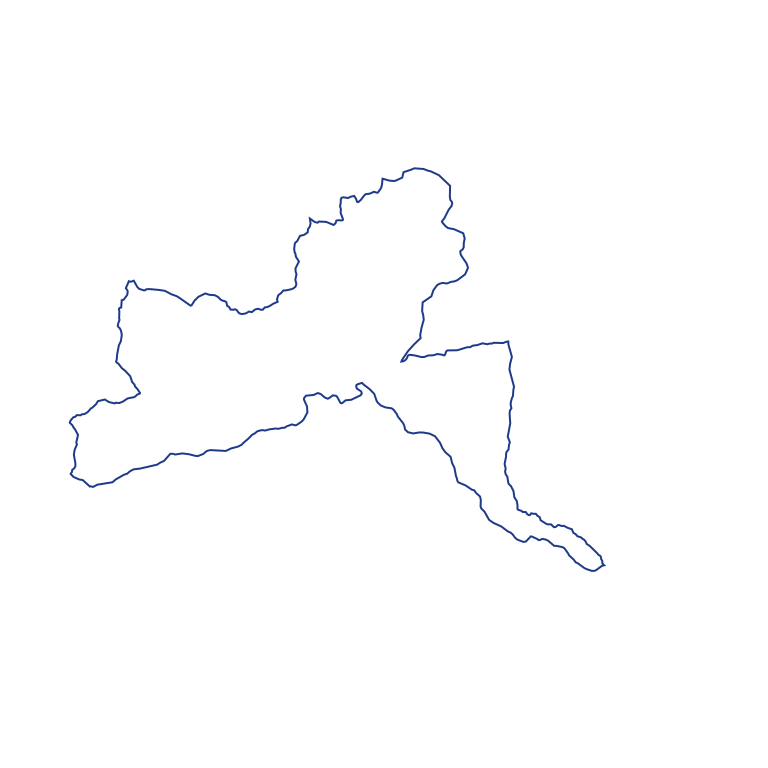 Trong, Tongsa, Bhutan (Robinson projection), rotated 114°
{"feature_id": "84629894B683869752306", "entity_name": "Trong", "entity_type": "district", "adm_level": 2, "iso_a3": "BTN", "parent_name": "Bhutan", "parent_adm1": "Tongsa", "projection": "robinson", "projection_center": [90.682, 27.159], "detail": "fine", "context": "isolated", "style": "outline", "palette": "blue", "viewbox_px": 768, "rotation_deg": 114, "n_neighbors": 0, "source": "geoboundaries", "source_scale": "gbopen_adm2", "svg_char_len": 6166}
<svg xmlns="http://www.w3.org/2000/svg" viewBox="0 0 768 768"><g transform="rotate(114 384 384)"><path d="M597.3,611.0L596.9,610.7L596.3,607.9L592.5,604.8L584.2,592.1L580.2,590.2L572.6,584.6L570.5,582.2L566.9,580.5L563.7,577.9L560.6,572.6L550.0,558.5L546.8,556.4L543.8,553.7L534.7,550.8L533.7,548.7L533.3,546.0L529.4,539.9L527.5,533.6L526.3,526.8L525.5,524.7L521.4,520.6L518.2,519.2L516.6,517.9L515.0,515.7L509.5,501.3L505.0,497.4L500.3,491.6L497.0,489.1L495.8,488.9L489.1,485.7L484.0,483.8L482.1,482.2L478.6,480.4L476.3,477.5L475.4,475.8L474.9,473.7L472.0,470.2L468.8,465.0L467.8,462.1L465.2,458.9L464.5,457.1L462.5,455.9L458.4,451.7L457.8,448.1L456.9,447.1L452.3,444.2L449.2,443.0L441.2,442.4L435.9,445.1L430.8,450.8L429.4,451.3L426.4,450.5L422.6,443.8L419.5,441.1L419.0,440.0L419.0,437.3L420.4,432.8L420.3,429.3L417.3,427.2L415.3,426.3L414.3,423.2L414.6,421.8L419.0,416.1L418.9,415.0L418.3,414.3L414.6,412.5L411.7,407.5L403.9,400.8L401.8,400.4L400.4,401.5L399.9,402.6L399.2,407.0L397.2,408.6L396.0,408.7L394.7,407.7L391.9,404.5L392.8,402.4L394.5,395.1L397.0,388.9L402.3,384.0L403.3,382.6L404.9,378.3L404.8,373.1L403.1,367.2L403.6,364.8L406.3,360.0L408.2,358.0L412.0,350.6L414.0,348.4L417.0,346.2L418.3,342.5L417.3,337.2L414.0,332.2L412.4,328.5L410.8,322.0L411.0,316.1L414.9,308.9L418.8,304.6L421.3,300.4L423.4,293.6L428.6,289.5L432.0,285.5L439.1,280.6L439.9,279.6L442.6,277.6L443.6,276.1L443.5,268.0L444.8,260.9L444.4,258.3L446.1,255.6L447.7,250.6L450.3,248.5L456.7,245.9L458.2,244.4L459.8,240.2L465.3,232.8L465.7,231.2L466.4,227.0L466.4,219.1L468.3,210.8L468.3,207.7L469.1,205.2L471.0,202.0L471.9,199.2L471.6,192.5L470.2,190.3L463.5,187.9L463.2,186.7L463.3,180.7L463.7,179.3L463.0,178.0L461.4,176.6L460.8,175.5L460.3,172.5L460.4,170.3L462.6,162.9L461.6,160.1L460.4,154.4L460.7,152.3L464.0,146.7L465.2,145.4L467.3,139.2L469.0,136.2L468.9,134.3L470.7,125.8L470.7,123.6L470.2,118.1L469.0,115.6L467.9,114.6L461.3,110.8L460.1,109.1L459.1,111.5L456.6,112.8L455.8,114.2L453.5,115.8L453.0,116.9L452.7,119.1L452.0,120.1L448.2,130.3L447.7,133.7L445.5,136.3L444.8,138.0L444.7,139.7L444.0,141.4L444.4,145.4L443.3,147.7L442.9,150.5L440.3,153.3L440.7,158.0L440.4,162.0L441.5,163.9L441.6,166.8L442.3,167.8L444.8,169.0L445.7,170.5L444.3,174.3L445.6,177.3L445.8,178.5L444.8,185.4L442.3,187.6L442.1,190.0L440.8,192.5L441.8,194.6L442.2,196.9L444.4,197.4L444.9,198.4L444.7,200.0L443.3,202.5L444.5,205.1L444.0,206.8L444.3,210.3L443.8,211.3L440.7,212.6L436.9,215.1L434.4,218.9L429.1,222.2L425.5,226.7L424.8,228.9L423.7,230.3L418.5,233.6L417.1,236.0L414.9,237.7L411.7,238.5L408.0,241.3L400.6,243.0L397.9,244.2L395.8,244.3L393.1,243.6L388.9,245.0L386.1,245.3L381.8,249.5L368.5,252.7L360.0,257.2L357.0,258.2L354.5,257.7L351.3,259.9L349.3,260.7L344.9,261.4L342.6,261.3L336.5,263.5L333.6,264.1L319.8,275.3L314.3,277.0L307.2,278.2L297.6,286.2L294.6,287.8L296.0,289.8L298.1,291.8L301.8,300.7L303.0,301.6L304.2,304.1L305.6,305.7L306.8,310.6L310.5,314.6L313.0,318.7L315.3,320.2L316.6,323.0L323.4,330.8L327.5,339.7L328.8,340.4L332.3,340.2L333.4,340.6L333.7,343.4L334.9,347.4L337.8,350.8L340.0,355.3L342.8,358.0L344.1,360.5L345.5,368.0L347.0,372.7L348.4,373.7L351.5,373.6L353.4,374.2L355.2,375.4L356.4,377.2L354.3,377.3L344.0,375.4L335.5,372.6L327.2,369.2L324.7,370.8L317.4,372.6L309.2,373.8L305.3,376.1L301.7,378.9L293.7,381.9L284.7,376.4L278.1,377.0L272.2,375.7L269.8,374.0L268.3,372.2L267.5,370.9L267.0,368.6L266.4,367.2L263.6,364.5L261.5,361.3L259.3,359.2L250.8,354.5L244.1,354.5L242.8,355.2L240.1,357.9L235.2,365.8L233.6,367.3L231.5,368.3L229.0,366.9L226.7,366.8L222.6,368.5L218.2,369.5L214.1,372.9L214.1,383.0L215.5,389.0L214.8,392.0L212.4,397.0L211.8,397.2L208.1,396.3L198.4,395.8L194.0,394.7L191.1,395.2L190.0,396.1L188.9,398.2L186.4,399.9L176.1,404.2L170.9,418.8L170.7,427.8L171.2,430.3L171.5,435.4L174.6,444.0L177.5,446.7L182.5,452.3L188.1,451.3L193.4,456.0L194.5,457.4L196.0,461.8L197.0,468.8L203.2,466.8L206.5,466.4L211.7,467.5L212.2,468.5L212.5,471.4L215.9,474.4L218.1,478.0L219.6,478.7L225.1,480.0L227.8,481.2L228.5,481.9L228.5,482.7L226.2,484.9L224.3,487.7L226.6,490.8L228.7,492.4L229.9,496.9L231.2,498.6L233.3,498.4L235.5,497.4L239.6,496.4L241.6,494.6L245.5,493.1L250.0,488.6L250.9,488.3L251.7,488.9L252.8,492.1L254.1,494.0L257.0,493.7L259.2,494.7L259.4,502.7L262.1,509.6L263.6,510.2L264.2,513.0L263.0,519.0L267.4,516.3L270.5,515.8L273.3,516.4L276.6,515.4L280.4,517.8L282.8,521.0L288.7,521.4L291.6,522.7L296.9,521.1L299.9,519.3L300.9,518.0L303.6,516.2L306.7,511.5L314.4,511.9L317.3,510.4L319.3,508.6L324.9,507.4L328.3,504.7L331.2,504.4L333.7,505.8L335.5,507.7L338.4,511.7L339.5,514.0L342.8,515.0L345.9,516.7L350.2,516.2L352.2,514.6L355.4,517.6L359.4,520.3L361.4,522.2L362.6,524.1L365.5,525.0L366.2,526.6L366.5,529.7L368.4,532.1L372.1,534.0L372.7,536.7L375.9,539.2L377.9,542.2L378.1,543.3L378.3,544.9L377.3,547.2L376.4,548.4L376.3,550.5L377.4,551.7L378.4,554.5L376.6,556.9L376.4,559.0L373.3,561.4L373.1,563.3L373.5,565.5L373.4,567.5L372.0,570.9L371.7,574.7L373.5,579.7L374.0,584.1L379.8,589.0L384.9,591.0L390.5,591.8L391.1,592.7L388.3,607.1L388.1,609.4L388.5,614.6L388.0,622.0L389.7,628.2L392.8,637.2L394.2,639.7L395.8,640.6L396.1,641.3L396.7,646.4L395.6,649.0L391.4,654.6L393.4,656.7L394.0,658.1L393.9,658.9L401.5,658.8L402.7,656.7L403.8,655.7L407.1,654.8L412.8,656.1L414.1,657.7L421.0,655.2L422.1,656.5L423.4,656.7L425.1,655.4L431.9,652.6L433.0,651.7L436.5,651.5L439.1,650.9L440.0,649.8L440.5,648.1L442.2,646.0L445.8,643.5L451.8,641.8L456.7,641.9L465.6,639.8L470.1,638.2L472.4,637.9L473.0,637.3L473.5,634.8L476.2,629.8L477.1,626.1L480.1,619.0L484.6,614.9L486.1,611.6L487.4,610.6L489.0,607.0L491.5,603.2L492.1,603.2L494.0,605.1L496.5,606.1L497.9,607.3L501.4,612.3L506.3,615.4L509.0,618.0L510.3,621.6L511.2,622.0L512.4,628.0L511.7,632.7L516.1,638.4L519.8,638.9L524.4,640.9L525.5,641.8L530.0,643.2L533.1,645.2L534.6,647.7L535.9,648.3L537.4,652.0L539.5,652.7L540.8,654.3L544.9,655.5L547.2,655.3L548.4,652.0L550.4,649.3L550.8,648.2L555.0,642.8L561.7,641.5L563.0,641.1L564.1,639.9L569.6,639.9L574.7,638.6L581.9,633.7L584.6,632.5L587.1,632.7L589.3,633.9L591.2,633.3L593.6,633.7L595.2,629.8L595.2,623.9L594.3,620.1L597.3,611.0Z" fill="none" stroke="#1e3a8a" stroke-width="2"/></g></svg>